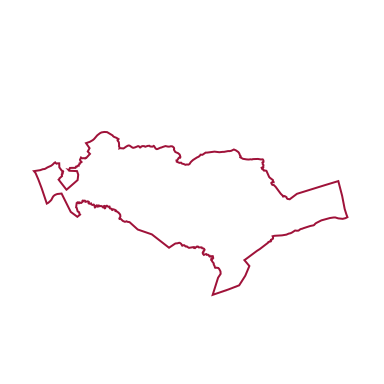 Rangárþing ytra, Suðurland, Iceland (Mercator projection), rotated 31°
{"feature_id": "244011B57462919825437", "entity_name": "Rangárþing ytra", "entity_type": "district", "adm_level": 2, "iso_a3": "ISL", "parent_name": "Iceland", "parent_adm1": "Suðurland", "projection": "mercator", "projection_center": [-19.711, 63.992], "detail": "fine", "context": "isolated", "style": "outline", "palette": "rose", "viewbox_px": 384, "rotation_deg": 31, "n_neighbors": 0, "source": "geoboundaries", "source_scale": "gbopen_adm2", "svg_char_len": 6036}
<svg xmlns="http://www.w3.org/2000/svg" viewBox="0 0 384 384"><g transform="rotate(31 192 192)"><path d="M338.2,133.5L335.9,131.7L331.6,127.9L322.7,118.0L311.8,107.3L302.1,118.0L282.9,139.5L279.5,147.9L277.5,148.7L276.6,148.6L275.7,147.8L274.3,147.7L272.9,148.0L272.7,148.4L272.8,148.7L272.4,149.0L271.5,148.4L269.0,147.8L261.0,144.5L258.5,143.9L257.2,144.5L255.7,143.8L255.3,143.3L255.7,142.3L256.9,141.6L256.6,141.2L255.7,140.9L255.2,140.1L251.5,139.7L250.4,139.4L245.0,135.6L244.4,135.6L242.6,136.6L242.3,136.5L242.1,136.2L240.4,136.2L239.2,135.4L239.6,134.7L240.3,134.7L240.5,134.5L240.5,134.2L239.6,132.9L239.5,132.3L239.4,132.1L238.1,131.6L237.7,130.7L237.2,130.5L237.2,130.2L237.8,129.8L237.8,129.4L236.9,128.1L236.0,127.6L235.6,127.7L234.3,128.6L231.5,129.7L227.2,132.5L226.7,133.2L225.2,133.9L224.0,134.9L222.1,135.9L218.6,137.3L215.4,137.4L215.3,137.1L215.5,136.5L215.4,136.3L214.5,136.1L212.5,134.5L211.1,133.9L208.2,133.7L206.0,134.0L204.4,136.5L202.9,137.8L201.9,138.3L198.8,141.1L197.5,141.9L195.0,143.8L190.5,145.8L184.6,150.5L183.4,151.2L181.8,154.7L180.1,155.6L180.2,156.1L179.5,158.4L178.6,159.6L176.4,164.0L175.7,166.3L175.5,167.6L175.5,169.0L175.2,169.8L174.8,170.4L173.5,171.0L172.3,172.1L170.9,172.2L168.7,172.8L167.5,172.5L166.2,173.5L163.3,173.9L162.5,173.0L163.1,172.5L162.9,171.8L162.9,171.4L163.1,170.9L163.0,169.9L163.2,169.2L164.1,168.9L164.2,168.5L163.8,167.7L163.3,167.4L162.9,166.8L161.9,166.2L160.1,165.9L157.1,166.3L154.8,165.1L154.6,164.8L154.5,164.2L153.6,163.3L151.8,163.0L150.4,163.6L149.3,164.7L148.2,165.4L145.6,166.3L143.6,168.6L142.8,169.7L142.2,170.2L140.3,172.9L139.7,173.4L138.5,173.5L135.8,172.2L135.4,172.2L134.9,173.3L134.6,173.6L132.7,174.5L131.7,174.3L130.3,175.3L128.6,177.3L127.5,177.3L126.0,178.1L125.1,179.1L124.9,180.3L124.6,180.6L122.8,180.2L122.1,180.5L120.2,183.1L119.0,184.3L118.2,184.6L114.6,184.4L113.8,184.7L113.2,185.3L112.4,186.6L110.9,189.9L107.5,191.6L107.3,191.9L107.0,191.2L105.8,190.3L105.3,189.2L103.8,187.2L103.2,186.8L101.9,186.3L101.4,185.9L101.4,185.7L101.8,184.9L101.8,184.5L99.2,184.5L96.9,184.9L95.6,184.8L94.8,184.4L88.4,184.4L85.9,185.7L83.7,187.6L82.8,189.1L81.6,192.2L80.8,197.0L80.2,198.7L78.6,201.6L76.0,204.7L81.6,207.2L81.8,211.0L84.9,211.9L83.8,217.3L83.3,217.5L83.3,218.0L83.1,218.3L82.7,218.2L80.4,219.7L79.1,219.6L79.4,222.1L80.5,222.9L81.7,223.0L81.9,223.2L81.3,224.5L81.1,225.3L80.9,225.5L81.3,225.9L81.0,227.2L81.3,227.8L80.7,228.1L80.4,228.8L80.5,229.1L80.3,229.5L79.6,229.8L79.5,230.3L79.7,230.6L79.6,230.9L79.7,231.0L79.7,231.3L75.0,234.2L75.2,236.6L74.8,236.7L75.8,237.0L82.7,233.3L85.6,235.8L87.8,240.7L83.4,254.3L83.2,254.7L71.3,250.1L71.6,249.0L71.4,248.5L72.4,245.3L71.5,244.3L71.6,244.1L71.5,243.6L71.7,243.0L70.9,242.7L71.0,242.2L70.9,241.7L71.1,241.5L71.0,241.3L71.0,241.1L70.9,241.0L70.9,240.7L70.3,240.5L69.6,240.9L65.6,239.2L63.4,235.8L62.1,236.6L61.3,237.5L60.2,237.3L59.8,237.5L59.4,237.2L59.0,238.0L58.4,240.4L57.7,242.1L55.4,245.4L54.3,247.5L53.8,248.2L52.4,249.3L50.7,251.4L45.8,255.5L48.1,256.3L53.7,260.3L61.3,266.3L73.5,276.7L74.4,275.2L75.2,272.6L75.5,271.1L75.3,268.2L75.4,266.8L75.9,265.4L76.9,263.9L77.7,263.0L81.0,260.5L98.3,271.5L106.5,272.3L107.7,269.0L106.7,268.6L105.7,267.5L104.0,267.5L101.2,264.9L100.6,264.9L98.9,261.0L99.4,260.5L99.1,260.2L99.2,259.8L99.7,259.5L100.3,260.0L100.7,260.0L101.0,259.8L100.8,259.1L101.0,258.8L102.2,258.7L102.7,258.4L103.4,256.2L102.7,256.0L102.7,255.7L103.5,255.3L104.6,254.6L105.1,254.7L105.7,255.3L107.5,253.7L108.0,253.6L108.8,253.7L109.0,254.8L109.4,255.0L110.7,254.6L111.3,253.8L112.3,254.5L113.5,254.3L114.2,253.4L114.4,253.4L115.7,254.1L116.2,254.9L116.8,255.2L117.1,254.6L116.7,253.8L117.1,252.6L117.6,252.4L118.2,253.0L118.8,253.1L119.2,252.6L119.3,252.3L119.0,251.8L119.1,251.5L120.3,251.7L121.2,250.8L122.0,250.8L122.5,250.6L123.5,250.9L123.7,249.5L124.3,248.9L124.9,248.9L125.1,249.2L124.7,249.8L124.8,250.0L125.3,250.8L125.7,250.9L125.9,250.6L125.6,248.7L125.9,248.3L125.9,247.8L126.1,247.6L127.9,247.8L128.8,247.0L129.2,247.3L129.7,248.1L130.1,248.3L131.8,247.8L132.6,248.5L133.0,248.4L133.0,248.0L133.4,247.4L135.0,247.0L136.3,247.0L136.4,247.7L137.7,247.4L139.8,247.5L140.1,247.8L141.0,247.9L142.2,248.5L143.2,249.8L143.4,251.3L143.3,252.0L143.8,252.4L144.6,251.7L147.6,252.4L149.8,252.1L150.4,251.6L151.0,250.8L152.0,250.8L154.0,250.0L164.8,252.1L179.4,249.0L201.0,251.6L204.1,245.0L204.5,244.5L205.9,243.5L207.2,242.1L207.8,241.9L209.4,242.0L210.3,242.6L211.0,242.7L211.2,243.0L211.5,242.9L211.6,242.3L212.9,241.6L214.5,242.0L215.5,241.3L215.9,241.5L218.2,241.4L221.5,238.6L222.1,238.9L222.3,238.9L222.3,238.3L222.4,238.2L223.0,238.6L223.5,238.5L223.6,238.1L223.4,238.0L223.4,237.7L224.2,236.9L224.4,236.1L224.6,236.0L225.5,235.7L225.8,236.0L226.4,236.0L228.8,234.5L229.7,235.0L230.8,234.5L231.6,234.5L232.5,235.0L232.6,235.4L232.3,236.4L232.8,237.2L232.7,237.5L232.4,237.7L232.5,238.0L232.5,238.7L233.5,239.5L234.6,239.8L235.1,238.9L236.2,237.9L237.0,238.2L237.2,237.9L238.2,237.5L238.9,237.8L239.9,237.5L240.2,238.2L240.5,238.2L240.9,237.8L241.9,237.6L242.1,237.3L242.1,236.7L242.9,236.3L244.2,237.7L244.1,238.1L244.1,238.7L244.0,238.9L243.3,239.2L243.0,239.6L243.4,240.3L243.7,240.5L244.4,240.5L245.0,241.1L247.4,242.0L248.0,243.0L249.3,243.7L250.7,245.0L251.0,245.0L252.1,244.2L253.7,243.6L254.8,243.9L257.3,245.4L258.7,247.4L258.5,252.0L262.7,269.5L273.4,256.8L280.5,247.7L280.8,236.3L279.3,225.9L272.0,223.4L272.9,221.4L278.0,209.0L279.5,206.0L283.2,196.6L283.2,196.1L283.3,196.0L283.2,195.8L283.3,195.4L283.8,195.0L284.1,194.2L284.8,194.0L285.0,193.7L285.0,193.3L284.6,192.9L284.6,192.4L284.4,192.2L284.9,191.7L285.1,190.7L285.4,190.4L285.3,189.9L284.8,189.1L283.9,188.4L285.2,187.1L291.5,182.8L294.9,179.9L296.3,177.9L297.7,176.6L298.6,175.2L300.2,171.9L301.8,171.2L303.0,170.4L303.3,170.0L303.9,168.4L304.6,167.4L305.4,166.7L306.1,165.7L310.9,160.2L313.3,158.0L313.7,157.3L314.0,155.6L314.5,154.5L317.5,149.7L323.6,143.3L326.4,141.0L328.0,140.0L330.9,139.3L335.0,137.4L337.0,135.4L338.2,133.5Z" fill="none" stroke="#9f1239" stroke-width="2"/></g></svg>